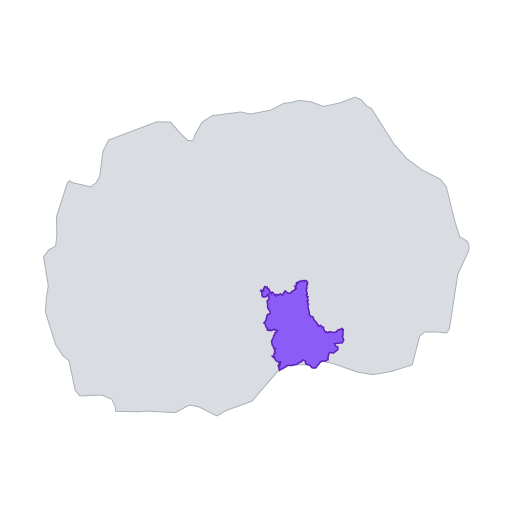 location of Kavadartsi, Kavadartsi, North Macedonia, rotated 5°
{"feature_id": "65306769B96152204239158", "entity_name": "Kavadartsi", "entity_type": "district", "adm_level": 2, "iso_a3": "MKD", "parent_name": "North Macedonia", "parent_adm1": "Kavadartsi", "projection": "mercator", "projection_center": [22.001, 41.309], "detail": "fine", "context": "in_parent", "style": "filled", "palette": "violet", "viewbox_px": 512, "rotation_deg": 5, "n_neighbors": 0, "source": "geoboundaries", "source_scale": "gbopen_adm2", "svg_char_len": 4283}
<svg xmlns="http://www.w3.org/2000/svg" viewBox="0 0 512 512"><g transform="rotate(5 256 256)"><path d="M228.8,113.9L238.0,115.1L258.0,109.4L270.5,101.4L276.8,100.3L285.3,97.2L297.4,97.6L309.8,101.1L325.4,96.5L340.8,89.1L347.0,91.0L353.7,97.3L358.1,99.0L383.6,132.3L397.6,145.7L414.0,155.9L432.9,163.4L439.6,170.5L451.6,205.7L457.3,219.1L465.3,223.0L467.2,226.9L467.5,232.0L458.6,256.6L455.0,311.7L452.7,316.1L443.3,315.9L430.8,317.0L426.1,321.3L421.1,350.8L401.0,359.2L382.8,364.0L367.5,362.9L340.5,356.0L331.7,355.2L324.1,359.2L300.0,361.3L289.5,366.4L264.7,400.9L239.5,412.7L231.0,418.7L211.7,411.1L202.5,410.3L189.3,419.1L160.1,420.0L152.2,421.5L129.8,422.9L128.8,418.1L124.7,411.2L114.2,408.0L92.8,410.8L87.6,405.7L78.8,376.5L71.9,371.8L64.2,362.0L51.1,330.1L50.8,316.1L51.7,303.9L44.5,275.3L48.9,268.0L55.6,263.5L55.7,251.9L53.8,234.3L61.7,199.7L63.9,197.2L65.9,198.8L85.2,201.6L90.2,197.2L93.4,190.4L94.4,165.0L99.0,153.3L145.6,130.9L159.3,130.1L169.8,140.3L178.1,146.9L183.1,146.7L184.9,140.1L190.6,127.4L200.1,120.1L228.5,113.8L228.8,113.9Z" fill="#d9dde1" stroke="#a8b0b8" stroke-width="1"/><path d="M318.1,312.0L317.6,311.4L316.3,311.6L314.0,309.4L314.2,308.2L311.8,300.8L312.6,299.3L311.7,298.7L310.8,296.5L311.9,296.1L310.8,293.1L311.5,292.0L309.5,291.2L309.7,289.9L310.4,289.6L308.9,284.8L309.5,284.1L309.1,280.6L309.9,279.6L309.3,278.9L309.7,277.6L308.3,276.2L306.8,276.1L306.5,277.0L304.7,276.3L303.5,277.3L302.1,277.0L300.7,278.2L300.2,278.2L298.9,279.1L299.7,279.7L298.4,280.3L298.9,281.9L298.5,282.7L297.2,282.8L298.8,284.7L298.3,284.7L298.1,285.9L297.5,285.8L296.7,287.1L295.1,287.9L293.2,290.4L290.1,289.9L288.2,288.2L287.3,289.3L287.3,290.1L286.3,291.0L286.1,292.5L285.1,292.6L283.6,291.5L281.7,293.0L280.3,292.4L279.3,292.7L278.8,293.1L278.9,293.9L275.6,290.6L274.6,290.9L274.4,291.8L274.1,291.0L272.7,290.1L272.4,288.8L271.2,287.4L270.6,287.7L270.0,287.2L269.9,286.4L269.6,286.8L268.1,285.6L267.2,285.8L267.2,286.5L266.3,287.8L266.6,290.3L264.1,289.5L263.6,290.3L264.2,290.6L265.1,292.2L265.4,294.8L266.2,296.1L269.5,295.8L271.8,293.1L271.6,294.2L272.0,294.6L272.7,297.7L271.3,299.3L271.0,300.2L271.9,303.6L271.9,305.6L272.7,307.5L274.7,309.8L275.2,311.6L274.9,312.3L274.1,312.8L273.2,312.8L272.4,313.8L271.9,315.3L272.2,316.5L271.6,317.4L271.6,319.3L269.6,322.0L270.8,322.6L272.2,325.8L273.8,327.2L273.5,327.5L273.7,328.9L274.9,328.4L275.7,329.2L276.3,328.5L278.0,329.1L280.2,327.4L281.3,328.3L283.1,328.0L283.9,328.7L282.6,330.4L281.6,330.7L281.5,332.5L280.4,334.2L280.5,336.4L279.8,337.1L278.9,339.6L280.0,343.5L281.2,344.5L281.5,346.2L282.2,346.7L283.4,346.7L282.8,347.3L282.6,349.0L283.7,350.4L282.5,351.4L282.9,351.6L282.4,353.7L281.0,354.3L281.9,354.7L282.0,355.6L283.4,355.5L283.9,357.1L285.2,358.7L287.7,359.6L289.1,359.2L289.9,359.6L289.8,360.0L288.9,360.1L289.2,360.6L288.4,361.2L289.4,361.8L289.2,363.2L288.3,362.8L287.6,363.0L289.5,368.0L289.6,367.9L289.8,367.5L289.9,367.3L290.1,367.1L291.8,366.1L292.7,365.7L293.4,365.1L294.4,364.3L295.2,363.9L295.8,363.2L296.4,362.4L297.0,362.0L297.4,362.0L298.3,362.1L299.3,362.1L300.5,362.1L301.8,361.7L302.9,361.4L303.1,361.3L303.6,361.0L304.1,360.9L305.0,360.8L306.6,360.0L308.3,358.6L308.8,357.9L309.6,357.6L310.0,357.6L310.4,357.4L310.7,357.1L311.0,356.9L311.2,356.7L311.2,356.3L311.3,355.9L312.2,355.4L313.5,355.9L313.8,356.1L314.0,356.2L314.4,356.8L314.5,357.0L314.5,357.5L314.5,358.1L314.8,358.5L315.6,359.4L316.6,359.7L318.1,360.0L319.7,360.6L319.9,360.7L320.3,361.1L320.8,361.9L321.2,362.3L322.1,362.6L322.9,362.5L323.3,362.5L324.3,362.5L325.4,362.2L326.0,361.3L326.3,360.8L326.6,360.0L326.9,359.5L327.5,359.1L328.1,358.3L328.7,357.0L329.4,355.9L329.6,355.6L330.0,355.4L330.5,355.2L331.7,354.8L332.1,354.7L332.6,354.6L333.1,354.5L333.6,354.5L334.4,354.6L334.9,354.4L335.2,354.2L335.8,353.4L336.7,353.0L336.8,353.0L336.6,349.4L337.4,346.3L338.3,345.6L341.5,346.0L345.7,342.2L345.5,339.6L343.0,338.7L341.8,336.5L349.6,334.9L350.7,331.8L349.1,328.7L349.6,326.7L349.1,323.6L349.5,321.9L347.8,320.6L346.3,322.1L345.4,321.8L344.4,322.9L343.6,322.9L342.4,324.9L338.6,325.5L336.1,324.9L334.0,326.3L332.8,325.4L332.3,326.0L331.1,325.1L329.3,321.9L329.5,321.1L328.1,321.0L326.3,319.4L324.4,320.5L323.8,319.1L321.2,316.0L319.8,315.3L318.1,312.0Z" fill="#8b5cf6" stroke="#5b21b6" stroke-width="1.5"/></g></svg>